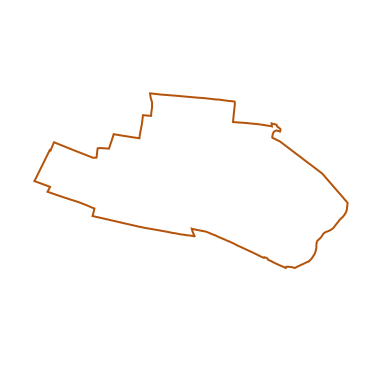 the district of Ciohorani, Iasi, Romania, rotated 47°
{"feature_id": "2599482B37137695584256", "entity_name": "Ciohorani", "entity_type": "district", "adm_level": 2, "iso_a3": "ROU", "parent_name": "Romania", "parent_adm1": "Iasi", "projection": "mercator", "projection_center": [26.705, 47.134], "detail": "fine", "context": "isolated", "style": "outline", "palette": "amber", "viewbox_px": 384, "rotation_deg": 47, "n_neighbors": 0, "source": "geoboundaries", "source_scale": "gbopen_adm2", "svg_char_len": 5619}
<svg xmlns="http://www.w3.org/2000/svg" viewBox="0 0 384 384"><g transform="rotate(47 192 192)"><path d="M306.0,85.6L296.4,85.2L286.8,84.9L268.1,84.2L267.3,84.2L256.6,86.0L250.5,87.1L233.6,90.0L215.1,93.2L212.7,94.1L212.1,94.3L211.8,94.4L210.3,95.0L209.6,95.2L209.2,95.3L208.8,95.6L207.6,96.1L206.8,96.1L205.9,95.0L204.8,93.5L204.4,92.7L204.0,91.6L203.8,91.3L203.8,90.9L204.1,89.8L204.3,88.9L204.4,88.6L204.6,88.2L204.8,88.1L206.4,87.2L207.1,86.8L207.8,86.5L207.5,85.7L206.9,85.0L206.6,84.6L206.2,84.4L205.1,84.5L204.4,84.6L203.8,84.7L203.2,84.9L202.3,85.0L201.7,85.0L200.6,84.3L199.4,84.9L198.4,85.6L197.8,86.0L197.1,86.5L196.1,87.0L196.8,87.6L197.2,87.8L197.4,88.0L198.0,88.4L198.4,88.7L198.5,88.8L198.3,88.9L193.4,92.7L192.7,93.2L188.2,96.8L184.1,100.4L177.3,106.4L171.0,112.3L168.8,114.3L162.9,107.6L157.1,100.9L155.7,99.6L155.3,99.4L155.0,99.3L154.8,99.3L154.5,99.4L150.5,103.0L146.6,106.2L142.7,109.3L141.8,110.3L139.6,112.3L135.8,115.5L132.5,118.3L130.2,120.4L128.0,122.5L125.0,125.2L122.8,127.2L120.9,128.9L120.1,129.6L114.0,135.1L109.3,139.3L99.4,148.4L95.3,151.9L91.3,155.4L92.5,156.3L94.2,157.5L95.0,158.0L96.1,158.5L96.5,158.7L97.2,159.1L98.6,159.8L99.1,160.1L99.7,160.5L100.7,161.4L101.2,162.0L102.3,163.0L102.9,163.5L105.0,166.2L106.2,167.6L108.4,170.0L102.4,175.5L107.0,180.9L107.3,181.4L108.8,183.1L109.6,184.4L110.2,185.2L110.8,186.0L111.4,186.8L111.8,187.4L111.9,187.6L112.5,188.3L113.0,189.0L113.9,190.1L114.7,191.3L116.5,193.5L116.8,193.8L112.0,197.7L107.1,201.5L103.3,204.5L100.1,207.0L99.1,207.7L98.2,208.4L96.3,209.8L99.3,215.1L102.5,221.0L103.7,223.1L99.2,227.3L97.8,228.6L97.7,228.7L96.7,229.9L95.7,231.1L95.8,231.3L96.9,232.7L98.0,234.0L98.6,234.6L98.7,234.8L100.0,236.3L101.1,237.6L101.3,237.9L101.7,238.4L101.5,238.7L99.9,240.5L99.0,241.3L94.5,243.4L91.4,244.9L81.4,249.7L71.8,254.2L66.7,256.6L61.5,259.0L65.2,267.3L64.5,267.6L64.4,267.6L65.5,270.5L66.0,271.9L66.7,273.7L67.0,274.5L67.4,275.6L68.2,277.6L69.3,280.4L69.5,281.1L69.8,281.9L76.6,299.8L90.8,292.6L91.5,292.3L93.3,297.5L101.7,293.1L108.5,289.4L114.5,286.1L121.6,282.1L126.5,279.7L130.9,277.6L131.4,277.4L133.5,276.5L135.8,275.5L137.1,274.8L137.5,274.6L139.0,276.8L139.9,278.2L140.3,278.8L141.8,281.1L153.4,273.2L158.0,270.1L161.4,267.8L167.5,263.7L174.0,259.3L177.8,256.7L181.1,254.5L181.7,254.1L182.3,253.6L183.0,253.1L183.7,252.6L185.8,251.2L190.6,247.5L196.7,242.9L198.7,241.4L200.2,240.3L201.9,239.0L204.6,237.0L206.3,235.8L208.8,234.0L211.5,231.8L213.8,230.3L216.3,228.3L218.2,226.7L219.9,225.4L220.7,224.7L221.4,224.1L222.7,223.0L223.5,222.4L224.5,221.5L225.2,221.0L226.0,220.6L226.1,220.3L224.9,219.9L224.5,219.7L223.6,219.4L222.9,219.2L222.2,218.9L221.6,218.6L220.7,218.3L220.1,218.0L219.5,217.6L218.7,217.2L219.4,216.8L220.1,216.3L220.7,216.0L221.2,215.5L222.2,214.9L223.1,214.2L224.4,213.3L225.3,212.6L226.0,212.1L227.8,210.8L229.0,209.9L230.1,209.1L230.6,208.8L231.2,208.5L231.6,208.3L232.4,207.9L233.3,207.5L234.9,206.8L236.1,206.3L236.9,205.9L238.0,205.4L238.7,205.0L239.1,204.8L239.6,204.6L240.4,204.2L241.2,204.0L242.1,203.6L242.9,203.3L243.8,202.9L244.3,202.7L245.0,202.3L245.8,202.0L246.2,201.8L246.8,201.5L247.6,201.2L248.3,200.9L248.7,200.6L249.2,200.4L250.1,200.1L250.8,199.8L251.8,199.4L252.4,199.1L252.8,198.9L253.8,198.4L254.4,198.1L255.1,197.9L255.5,197.7L256.3,197.4L257.0,197.1L257.7,196.8L258.2,196.6L258.8,196.4L259.4,196.2L260.5,195.8L261.1,195.6L261.9,195.3L262.7,195.0L263.5,194.7L264.3,194.3L264.9,194.0L265.3,193.9L266.0,193.6L266.8,193.3L267.2,193.2L268.3,192.7L269.2,192.3L269.9,192.0L270.3,191.9L271.5,191.4L272.9,190.8L273.8,190.5L274.7,190.1L275.1,189.9L276.3,189.4L278.1,188.7L279.2,188.3L280.4,187.8L281.5,187.4L282.4,187.0L283.1,186.8L283.9,186.5L284.7,186.2L285.5,185.9L286.7,185.4L287.5,185.1L288.1,184.8L288.5,184.6L288.9,184.4L289.2,184.3L289.1,184.0L289.0,183.9L289.0,183.7L289.7,183.2L290.2,182.8L290.9,182.6L291.6,182.3L291.9,182.2L292.7,182.3L293.4,182.5L294.9,182.0L295.9,181.5L297.8,180.8L298.8,180.5L299.9,180.1L301.1,179.6L302.1,179.3L302.8,178.9L303.7,178.6L304.5,178.3L305.1,178.0L305.7,177.7L306.4,177.4L307.8,176.8L308.7,176.4L309.2,176.2L309.8,176.0L310.2,175.8L310.6,175.5L311.1,175.5L311.4,175.3L311.2,175.1L311.0,174.8L311.0,174.4L311.1,174.0L311.3,173.6L312.4,172.5L313.4,171.6L314.5,170.7L315.5,169.9L316.4,169.3L317.2,169.0L317.6,168.8L318.0,167.5L318.5,165.7L318.9,164.6L319.4,162.9L319.7,161.9L320.1,160.8L320.3,160.1L320.6,159.4L320.8,158.6L321.0,158.1L321.2,157.2L321.4,156.6L321.7,155.8L321.9,155.2L322.3,154.4L322.5,153.7L322.3,153.6L322.3,153.4L322.4,153.1L322.4,152.4L322.4,151.7L322.3,150.4L322.1,149.1L321.9,148.2L321.7,147.5L321.4,146.4L321.2,145.9L321.1,145.1L320.9,144.4L320.7,144.1L320.6,143.8L320.2,143.1L319.8,142.3L319.5,141.9L319.3,141.5L318.8,140.8L318.3,140.1L317.8,139.3L316.7,138.2L316.0,137.6L315.2,136.7L314.3,135.7L313.9,135.0L313.5,134.3L313.2,133.7L313.2,133.4L313.2,133.0L313.2,132.2L313.2,131.4L313.2,130.6L313.2,130.0L313.2,128.9L313.1,128.2L312.9,127.5L312.8,127.1L312.5,126.1L312.3,125.2L312.2,124.7L312.1,124.2L312.1,123.7L312.2,122.8L312.4,122.2L312.4,121.8L312.6,121.2L312.8,120.7L313.1,120.1L313.5,119.3L313.7,118.7L313.8,118.4L314.0,117.7L314.1,117.3L314.3,116.6L314.4,116.0L314.6,115.2L314.6,114.5L314.7,113.3L314.7,112.8L314.6,112.2L314.4,111.4L314.3,110.6L314.1,109.8L314.0,108.9L313.9,108.2L313.7,107.2L313.7,106.4L313.6,105.8L313.4,104.9L313.2,103.9L313.1,103.4L313.1,102.9L313.0,102.6L313.1,101.8L313.0,100.8L313.0,100.0L313.1,99.1L312.9,97.5L312.5,95.6L312.2,94.3L311.8,93.1L311.3,92.1L310.6,90.9L309.9,90.0L309.1,89.2L308.3,88.2L307.3,87.0L306.8,86.4L306.0,85.6Z" fill="none" stroke="#b45309" stroke-width="2"/></g></svg>